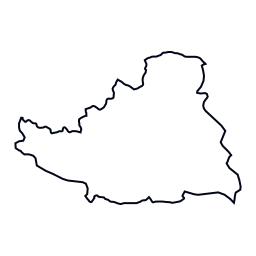 Južno-Backi, Albers equal-area conic projection
{"feature_id": "SRB-1059", "entity_name": "Južno-Backi", "entity_type": "District", "adm_level": 1, "iso_a3": "SRB", "parent_name": "Republic of Serbia", "parent_adm1": "", "projection": "albers", "projection_center": [19.57, 45.457], "detail": "fine", "context": "isolated", "style": "outline", "palette": "ink", "viewbox_px": 256, "rotation_deg": 0, "n_neighbors": 0, "source": "natural_earth", "source_scale": "10m", "svg_char_len": 5428}
<svg xmlns="http://www.w3.org/2000/svg" viewBox="0 0 256 256"><path d="M19.9,130.8L19.1,128.0L19.0,123.6L21.2,117.7L22.6,117.9L22.6,118.2L22.6,118.7L22.6,119.1L22.8,119.6L23.8,120.5L24.6,121.3L25.0,121.7L25.3,121.8L25.7,121.8L26.1,121.6L27.3,120.5L27.7,120.3L28.1,120.2L28.6,120.1L29.1,120.2L29.5,120.3L29.8,120.5L31.3,121.9L32.8,123.0L33.3,123.2L33.8,123.3L35.0,123.3L35.4,123.3L35.7,123.4L36.0,123.6L36.3,123.9L36.4,124.3L36.8,125.9L37.0,126.2L37.2,126.6L37.5,126.9L38.1,127.3L38.4,127.5L39.0,127.7L40.3,127.8L42.2,127.7L42.8,127.6L43.4,127.5L44.5,126.9L45.0,126.7L45.5,126.7L45.8,126.7L46.3,126.9L49.2,128.5L49.9,129.0L50.4,129.6L50.6,130.3L50.7,130.8L50.7,131.5L50.8,131.9L50.9,132.3L51.2,132.9L51.5,133.1L51.8,133.3L52.1,133.3L52.5,133.2L53.4,132.9L54.0,132.8L56.0,132.5L56.6,132.4L57.8,131.9L58.7,131.4L59.1,131.3L59.6,131.2L60.1,131.2L60.8,131.3L61.3,131.3L61.8,131.3L62.1,131.2L62.4,131.0L62.6,130.7L62.7,130.4L62.8,129.2L63.0,128.6L63.2,128.1L63.6,127.7L63.9,127.4L64.4,127.3L64.9,127.4L65.5,127.9L67.1,129.7L67.8,131.0L68.1,131.4L68.6,131.8L69.3,132.1L69.6,132.2L70.1,132.2L70.6,132.0L71.7,131.4L72.3,131.2L72.9,131.1L74.2,131.1L75.6,131.2L76.3,131.3L77.4,131.5L80.5,132.4L80.6,131.7L81.1,130.1L81.2,129.6L81.2,129.0L81.1,128.5L80.8,127.7L80.6,127.2L79.6,125.8L79.4,125.3L79.3,124.8L79.3,123.6L79.3,123.1L79.0,121.8L79.0,121.2L79.0,120.1L79.1,119.7L79.3,119.2L79.5,119.0L81.6,117.6L84.5,116.2L85.5,115.9L86.4,115.8L86.3,113.1L86.2,112.6L85.9,112.0L85.8,111.8L85.6,109.2L88.5,108.2L90.0,107.8L90.4,107.6L90.8,107.3L91.9,106.5L92.5,106.2L93.2,106.0L93.7,106.0L94.0,106.1L94.8,106.4L96.9,107.8L97.3,108.0L98.4,109.1L98.7,109.3L99.1,109.5L99.5,109.6L100.0,109.6L100.3,109.5L101.1,109.2L102.9,108.0L103.8,107.3L104.1,107.1L104.3,106.7L104.9,105.5L105.8,104.2L106.0,103.8L106.1,103.4L106.2,102.9L106.4,101.2L106.5,100.6L106.7,99.9L107.0,99.5L107.3,99.1L107.8,98.8L108.1,98.7L108.5,98.6L110.2,98.8L111.3,98.7L112.5,98.3L112.8,98.2L113.1,98.0L113.4,97.6L113.6,97.1L113.6,96.5L113.8,94.4L113.9,93.0L113.9,92.5L113.8,92.2L113.2,91.2L112.8,89.8L112.7,89.5L112.6,89.0L112.7,88.5L112.9,88.0L113.6,86.7L114.0,86.2L115.3,85.0L115.5,84.6L115.7,84.2L116.1,82.5L117.7,79.6L119.9,80.9L121.3,81.6L122.2,82.3L123.7,83.6L124.2,84.0L124.9,84.4L125.6,84.8L127.2,85.2L128.4,85.6L128.9,85.8L129.6,86.2L130.2,86.6L132.6,88.3L133.9,89.4L136.4,88.8L137.4,88.5L137.8,88.3L138.2,88.1L139.1,87.4L139.5,87.2L140.7,86.6L141.8,86.0L142.5,85.5L142.7,85.2L142.9,84.9L143.1,84.5L143.1,84.0L143.1,83.4L143.0,82.9L142.8,82.2L142.7,80.9L142.6,79.5L142.7,78.8L142.8,78.2L143.3,76.4L143.8,75.2L144.5,74.2L145.4,72.8L145.7,72.2L145.8,71.5L146.0,70.0L145.5,69.6L145.2,69.2L145.1,68.8L145.0,68.4L145.2,68.0L145.8,67.0L146.3,65.8L146.4,65.1L146.4,64.3L146.3,63.6L145.6,62.2L144.8,60.1L147.7,58.2L148.6,57.9L150.2,57.5L151.6,56.8L152.2,56.7L152.8,56.6L155.3,56.6L156.5,56.5L157.1,56.4L158.5,55.7L160.3,55.2L160.8,54.9L162.4,53.3L163.0,52.9L163.2,52.7L165.6,52.6L166.3,52.5L167.4,52.2L168.6,52.0L170.6,52.0L171.8,52.1L172.4,52.2L174.3,53.0L174.9,53.1L177.5,53.3L178.1,53.4L180.0,54.2L181.6,54.6L182.4,54.9L184.4,56.3L185.2,56.6L185.8,56.7L187.1,56.8L195.2,56.8L196.5,57.0L198.2,57.4L198.7,57.6L199.4,57.9L200.2,58.4L200.6,58.8L201.3,59.5L202.2,60.7L202.9,61.5L203.8,62.3L204.9,63.2L205.2,63.5L205.5,63.9L203.7,64.4L201.8,65.6L203.2,70.9L204.0,75.8L203.5,80.9L200.9,86.9L197.3,91.2L197.1,92.8L200.3,93.5L205.2,93.1L206.9,94.0L207.7,96.7L207.0,98.0L205.5,99.7L203.9,102.2L203.2,105.7L203.9,108.5L205.6,110.9L221.3,125.5L225.3,130.9L220.7,142.3L222.8,146.0L228.5,151.7L231.2,155.2L229.5,156.8L228.4,159.1L227.6,161.5L226.6,163.4L229.4,168.0L237.7,174.7L239.4,180.5L240.6,186.5L240.3,189.7L235.7,192.6L234.9,196.0L234.5,199.8L233.9,202.8L230.4,199.1L224.5,194.7L218.2,192.4L198.1,194.8L194.3,194.3L184.7,191.5L182.8,195.1L182.6,195.4L182.5,195.6L182.5,196.0L182.7,196.3L183.0,196.7L183.7,197.5L184.0,197.8L184.1,198.2L184.0,198.4L183.9,198.7L183.5,199.0L182.7,199.6L181.2,200.7L180.7,201.0L180.1,201.3L179.5,201.5L177.3,201.9L176.5,202.1L175.4,202.3L172.5,202.8L171.4,202.7L171.1,202.6L170.3,202.3L170.1,202.2L167.7,202.1L165.0,201.9L164.7,201.8L164.0,201.7L162.5,201.6L159.6,201.5L156.9,201.6L155.6,201.6L154.9,201.8L153.4,202.3L153.1,202.3L152.8,202.2L152.5,202.1L152.2,201.8L150.8,199.5L149.0,197.1L147.4,198.7L146.5,199.5L146.1,199.8L145.6,200.1L145.1,200.2L142.8,200.4L142.3,200.5L141.9,200.7L141.0,201.3L139.8,201.9L136.6,203.1L126.8,203.1L124.7,203.1L124.0,203.1L123.4,203.3L121.0,204.0L120.5,204.0L120.0,203.9L118.2,203.5L115.8,202.6L114.0,202.0L113.4,201.9L111.4,201.7L110.7,201.6L110.3,201.5L109.6,201.1L108.4,200.0L108.1,199.8L107.7,199.6L107.1,199.5L106.0,199.2L105.6,199.1L105.2,198.9L104.8,198.5L104.0,197.5L103.8,197.4L99.9,197.0L99.2,196.9L98.8,196.8L98.4,196.6L97.6,195.7L97.2,195.5L96.8,195.4L96.6,195.4L96.0,195.5L95.1,195.9L94.7,196.1L94.4,196.4L94.2,196.8L94.2,197.2L94.3,197.7L94.4,197.9L92.5,200.7L92.2,201.1L91.8,201.6L91.5,201.8L91.4,201.9L91.3,202.0L91.2,202.0L90.9,202.1L90.7,202.1L90.3,201.9L89.4,201.4L89.2,201.2L88.7,200.4L88.5,200.1L88.4,200.0L88.2,199.8L87.8,199.4L87.5,199.1L86.3,197.4L85.3,196.0L87.2,194.1L87.7,188.5L85.9,183.7L82.7,182.2L67.8,180.5L62.8,178.9L52.3,173.6L45.9,170.9L36.8,165.5L35.9,160.4L35.5,158.2L33.3,155.8L30.6,154.8L28.3,154.3L24.4,154.4L21.8,152.4L20.7,150.9L18.8,150.3L18.7,150.2L15.7,148.1L15.4,143.3L19.0,141.3L23.3,140.7L24.7,137.4L22.3,133.3L19.9,130.8Z" fill="none" stroke="#020617" stroke-width="2"/></svg>